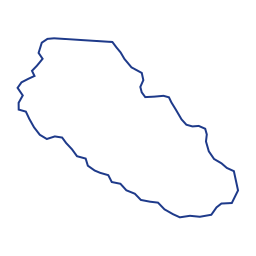 Santa Rosa de Lima, Sergipe, Brazil, rotated 181°
{"feature_id": "56859067B31979699807440", "entity_name": "Santa Rosa de Lima", "entity_type": "district", "adm_level": 2, "iso_a3": "BRA", "parent_name": "Brazil", "parent_adm1": "Sergipe", "projection": "orthographic", "projection_center": [-37.236, -10.632], "detail": "fine", "context": "isolated", "style": "outline", "palette": "blue", "viewbox_px": 256, "rotation_deg": 181, "n_neighbors": 0, "source": "geoboundaries", "source_scale": "gbopen_adm2", "svg_char_len": 1000}
<svg xmlns="http://www.w3.org/2000/svg" viewBox="0 0 256 256"><g transform="rotate(181 128 128)"><path d="M189.6,111.9L183.6,105.7L178.5,98.9L169.8,96.7L167.5,89.6L160.6,84.9L155.1,82.7L146.9,80.5L143.3,73.7L134.6,72.1L128.6,65.7L120.0,62.4L113.9,56.3L104.7,54.7L96.7,53.9L90.1,47.3L81.5,42.6L74.6,39.6L64.5,41.3L54.6,40.5L43.2,42.7L38.1,50.2L33.3,54.1L22.9,54.8L16.9,67.5L21.4,86.7L28.5,89.8L33.9,94.3L41.4,98.5L46.8,106.1L49.8,115.9L49.1,122.9L50.8,128.6L57.3,131.3L63.6,130.7L69.7,132.3L74.6,137.5L80.5,147.2L85.1,154.4L87.6,159.4L93.1,160.8L102.4,159.8L111.3,159.2L114.9,163.9L116.4,169.3L113.5,176.1L115.2,183.3L125.6,188.7L132.8,197.0L136.7,203.4L140.9,208.3L145.1,213.7L203.5,216.4L210.1,215.7L215.7,211.8L218.7,201.5L214.6,195.7L220.3,188.5L225.0,183.5L222.4,178.4L228.4,175.5L235.3,171.8L239.1,166.2L233.8,158.7L237.8,151.3L237.6,144.5L230.4,142.6L226.8,135.3L222.0,127.1L216.1,119.7L209.0,115.6L201.0,118.3L193.7,117.3L189.6,111.9Z" fill="none" stroke="#1e3a8a" stroke-width="2"/></g></svg>